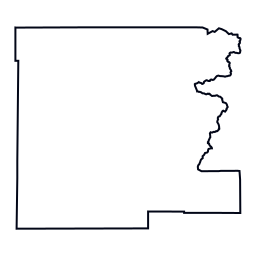 Grant, Oregon, United States of America
{"feature_id": "52423323B75310432732693", "entity_name": "Grant", "entity_type": "district", "adm_level": 2, "iso_a3": "USA", "parent_name": "United States of America", "parent_adm1": "Oregon", "projection": "robinson", "projection_center": [-118.403, 44.478], "detail": "fine", "context": "isolated", "style": "outline", "palette": "ink", "viewbox_px": 256, "rotation_deg": 0, "n_neighbors": 0, "source": "geoboundaries", "source_scale": "gbopen_adm2", "svg_char_len": 3568}
<svg xmlns="http://www.w3.org/2000/svg" viewBox="0 0 256 256"><path d="M15.4,27.5L15.4,60.8L18.3,60.8L17.3,161.1L17.3,178.0L16.6,228.7L148.1,228.4L148.1,211.5L184.1,211.6L184.1,212.9L221.5,212.9L240.3,213.0L240.1,179.5L239.5,171.0L237.6,170.8L229.4,170.9L220.6,170.9L218.9,171.1L213.4,171.1L205.6,171.2L201.5,171.2L198.1,169.4L197.8,166.8L198.2,165.4L198.7,164.7L199.2,164.4L199.5,163.5L199.9,162.7L200.2,161.9L200.6,160.6L201.0,159.7L201.6,159.0L202.1,158.7L202.7,158.2L202.6,156.2L203.4,155.5L204.2,154.7L205.0,153.0L206.3,152.7L207.2,152.5L207.8,151.8L208.0,151.2L208.1,150.0L208.6,148.9L210.7,148.4L211.5,148.3L211.9,148.3L211.8,147.7L211.2,146.8L210.0,145.8L209.2,144.5L209.1,143.6L208.8,143.3L208.3,143.4L207.9,143.2L207.9,142.0L208.6,141.1L208.8,140.1L209.2,139.4L209.7,138.2L210.3,137.3L210.2,135.8L210.1,134.7L209.9,133.4L210.6,132.3L211.2,132.5L212.4,132.5L213.2,132.0L214.0,131.8L214.7,132.0L215.4,131.7L216.2,131.1L216.8,131.3L217.5,131.0L218.0,130.3L218.7,129.7L219.3,128.9L218.9,128.4L219.2,127.5L219.0,125.9L218.6,124.4L218.0,123.3L217.6,122.7L217.3,122.2L217.3,121.4L217.7,120.1L218.1,119.4L217.8,118.4L217.9,117.5L218.5,116.6L219.0,116.5L219.7,116.3L220.4,115.3L220.9,114.3L221.3,114.1L221.4,113.7L221.5,113.4L221.7,112.3L222.2,111.8L222.5,111.1L223.0,110.8L223.1,111.0L223.9,111.0L224.5,111.4L225.1,111.6L225.4,111.1L226.2,110.3L226.3,109.5L226.7,109.1L226.6,108.5L227.2,107.8L227.7,107.0L227.1,105.7L226.9,104.7L226.1,103.3L224.5,102.6L223.9,102.5L222.9,102.2L222.7,101.4L222.4,100.4L222.1,99.6L222.3,99.1L222.2,98.5L221.1,97.6L220.4,96.8L218.8,96.5L217.2,95.3L216.3,95.3L215.5,95.7L214.5,95.8L213.5,95.8L212.8,95.9L212.1,96.0L211.7,95.8L211.3,95.4L210.3,94.8L210.0,94.2L209.0,93.6L208.3,94.0L207.5,93.7L206.5,94.3L205.6,94.2L204.1,93.4L202.4,93.3L201.2,92.3L200.6,92.2L199.8,91.8L198.9,91.9L197.9,91.4L197.1,91.4L197.1,90.9L196.5,89.4L195.6,87.2L195.0,85.8L194.8,84.1L195.1,83.8L196.2,83.6L197.4,83.1L198.1,82.6L198.3,82.5L198.8,82.1L199.2,82.5L200.3,82.8L201.5,83.2L201.9,83.8L202.5,83.9L202.7,83.7L203.1,83.6L203.5,83.3L203.8,83.0L203.9,82.2L204.1,81.7L205.7,80.6L206.0,80.4L206.8,80.2L207.4,80.6L208.6,81.0L209.8,81.0L210.3,80.5L210.4,79.8L211.2,79.5L211.9,79.7L212.8,80.0L213.1,79.8L213.7,79.7L214.3,79.1L215.3,77.9L215.8,77.2L216.2,76.7L217.0,76.0L218.4,75.6L219.6,76.0L220.4,76.1L222.5,76.2L224.1,76.4L225.0,76.7L226.2,76.3L227.7,76.1L228.7,75.7L229.7,75.7L230.4,75.2L231.0,73.9L230.5,72.4L230.8,71.8L231.3,71.3L231.1,70.5L230.6,69.6L230.0,68.8L229.8,68.2L229.9,67.8L229.7,67.2L229.2,66.5L229.1,66.2L229.1,65.8L229.4,65.5L229.2,64.9L229.4,64.0L229.7,63.5L229.7,62.8L229.2,62.2L228.3,61.9L227.9,61.7L227.8,61.3L227.4,61.1L227.2,60.8L227.3,60.5L227.6,59.8L227.3,59.3L226.6,59.0L226.2,58.7L226.4,58.2L227.1,57.5L227.7,57.0L227.9,56.3L228.7,55.8L229.8,55.1L229.8,54.7L229.7,54.0L229.5,53.5L229.7,53.1L229.9,52.9L230.6,52.5L231.8,52.6L232.6,52.4L233.4,52.1L233.7,52.0L234.1,52.1L234.4,52.3L235.0,52.7L235.9,52.9L236.4,52.8L236.8,52.9L238.0,53.2L239.1,53.2L239.9,52.8L240.1,52.3L240.1,51.7L240.2,51.1L240.4,50.9L240.4,50.3L240.0,49.6L239.5,48.2L239.5,47.1L238.8,46.1L239.0,45.0L238.7,44.6L238.9,44.0L239.4,43.6L239.9,43.0L239.9,42.2L239.6,41.8L239.5,41.2L240.1,40.8L240.2,40.5L240.4,39.5L240.6,39.1L240.5,38.5L240.2,38.2L239.9,38.0L239.4,38.1L238.7,37.9L238.3,37.6L237.7,37.4L237.5,36.8L237.6,36.1L237.5,35.6L237.6,34.9L237.5,34.6L232.6,34.7L231.6,33.4L228.9,34.1L225.9,31.2L221.6,29.1L218.9,28.3L214.7,31.9L212.6,31.1L207.7,33.8L207.5,29.5L202.6,27.5L194.9,27.3L94.7,27.3L16.2,27.6L15.4,27.5Z" fill="none" stroke="#020617" stroke-width="2"/></svg>